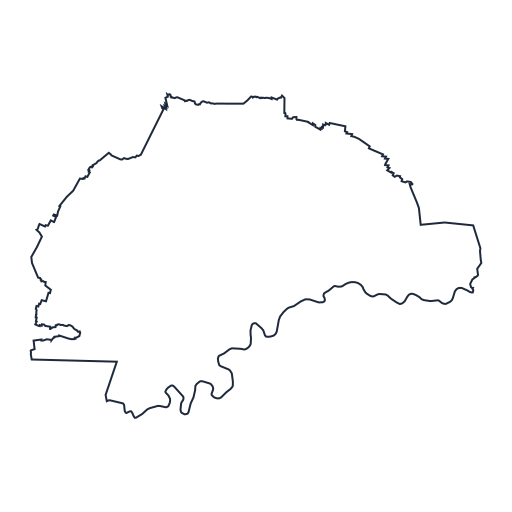 La Barca, Jalisco, Mexico
{"feature_id": "50627088B96985359808348", "entity_name": "La Barca", "entity_type": "district", "adm_level": 2, "iso_a3": "MEX", "parent_name": "Mexico", "parent_adm1": "Jalisco", "projection": "natural_earth1", "projection_center": [-102.522, 20.357], "detail": "fine", "context": "isolated", "style": "outline", "palette": "slate", "viewbox_px": 512, "rotation_deg": 0, "n_neighbors": 0, "source": "geoboundaries", "source_scale": "gbopen_adm2", "svg_char_len": 5950}
<svg xmlns="http://www.w3.org/2000/svg" viewBox="0 0 512 512"><path d="M108.8,152.8L99.6,160.5L98.6,160.6L97.0,162.2L96.5,163.1L92.6,165.3L93.0,166.2L92.0,167.4L91.7,167.3L91.5,166.7L90.4,166.9L89.7,167.5L88.3,169.9L89.4,170.4L88.7,171.8L89.8,172.4L87.3,176.9L85.5,176.3L84.6,178.4L83.9,178.1L83.6,178.7L82.9,178.5L82.7,178.9L79.9,178.6L73.2,190.7L66.8,196.8L59.4,206.0L60.3,206.4L58.0,211.6L57.2,215.6L53.8,214.5L53.2,215.6L56.1,216.9L54.2,221.9L54.0,222.1L50.8,220.4L47.9,225.7L45.6,225.2L45.0,226.5L39.5,224.0L38.6,226.1L38.0,228.3L37.1,229.7L36.6,229.9L39.4,232.5L41.9,236.6L36.9,247.1L31.3,257.0L32.0,263.0L38.1,277.6L40.1,278.0L40.3,278.7L41.1,279.3L40.8,280.0L41.4,280.3L41.4,281.3L43.3,281.2L43.9,281.8L45.7,282.0L45.3,285.5L50.8,289.7L50.0,293.1L48.5,292.8L46.0,301.3L41.7,300.2L40.2,304.0L39.1,303.7L38.3,306.5L36.5,306.0L35.8,308.8L36.2,309.1L36.6,310.4L36.3,311.9L36.4,314.6L36.0,314.7L35.7,317.4L36.7,317.6L35.9,321.1L36.7,321.6L35.3,324.4L38.1,325.7L39.7,326.1L39.8,325.1L41.7,325.7L41.9,324.3L44.2,324.6L45.2,325.9L50.3,326.7L50.0,328.9L50.4,329.0L52.8,327.3L55.5,327.1L55.7,325.3L57.0,325.2L57.2,324.7L58.3,324.3L59.8,324.5L60.6,325.0L62.9,324.9L64.1,325.6L67.1,326.1L68.6,325.0L70.3,325.3L72.5,326.6L73.9,328.5L74.8,329.3L77.1,330.4L77.6,331.4L78.2,331.9L79.7,331.4L80.2,332.8L79.3,336.1L76.0,337.8L75.3,337.7L75.4,338.7L74.3,338.6L74.2,339.1L71.7,339.2L69.0,338.7L59.1,335.5L59.0,336.2L54.3,336.8L54.4,337.5L52.9,338.4L51.5,340.3L51.5,340.0L49.4,339.6L46.7,339.3L42.9,340.6L41.3,340.5L41.4,339.5L33.6,340.6L34.6,349.1L31.0,350.3L30.7,350.8L31.0,352.5L30.8,354.3L31.7,359.5L116.8,361.7L105.6,394.9L106.8,401.2L108.7,400.3L110.4,400.4L123.0,403.4L124.1,404.9L124.7,410.8L125.5,412.5L126.4,413.0L129.7,411.4L131.1,411.3L132.1,412.6L133.8,416.4L134.8,417.8L136.2,417.6L142.2,414.0L147.0,409.6L149.6,408.2L157.9,405.9L159.9,406.0L165.6,407.2L166.6,407.2L168.3,406.2L169.7,403.1L170.1,400.9L170.0,398.7L168.5,395.6L165.6,392.5L165.4,391.5L166.4,389.5L168.1,387.6L171.2,385.5L172.6,385.5L174.1,386.5L183.3,396.7L183.5,398.7L183.0,400.2L181.5,402.4L181.1,403.6L180.5,409.5L180.9,411.7L181.7,412.8L184.5,414.3L186.7,414.0L187.6,413.6L188.5,412.2L190.7,403.4L193.5,397.3L195.1,390.3L195.4,386.0L196.5,384.2L199.6,381.6L200.7,381.2L202.6,381.3L209.5,383.4L211.0,384.2L212.6,386.3L213.2,388.4L212.8,390.5L211.6,393.6L211.6,394.8L212.0,395.4L213.8,397.1L215.4,397.9L217.4,398.4L219.3,398.3L221.1,397.4L226.4,392.2L230.6,388.9L232.3,386.9L232.8,385.7L232.9,381.8L231.9,374.0L231.6,373.0L229.9,370.4L228.8,369.5L221.2,366.4L219.5,365.4L219.1,364.7L218.2,361.6L217.9,358.8L218.5,356.5L219.1,355.8L224.1,353.4L229.5,349.3L231.9,348.3L240.7,348.8L244.3,349.5L245.9,349.1L248.4,347.4L249.9,345.6L250.7,343.9L251.0,338.0L250.6,334.7L250.5,330.5L251.7,325.4L252.1,324.5L253.3,323.5L254.5,323.2L255.9,323.3L261.4,328.1L263.3,330.4L265.0,335.4L266.1,336.6L268.9,336.8L271.5,336.3L273.8,335.5L275.5,334.0L276.7,331.7L278.8,320.1L280.1,316.5L283.6,312.0L287.2,308.6L288.9,307.6L293.9,306.1L301.0,301.3L305.4,299.3L309.5,299.4L318.7,302.4L322.4,302.3L323.4,301.9L324.4,301.3L324.9,300.0L324.5,297.9L323.5,296.2L323.5,295.3L324.0,293.5L325.8,292.2L328.6,290.7L333.8,286.3L335.1,286.0L338.1,286.7L340.6,286.6L342.1,286.3L345.8,283.9L349.0,282.6L351.5,282.1L354.7,282.1L357.9,283.0L360.9,284.9L362.8,287.2L363.3,288.9L365.4,292.4L366.7,293.6L370.1,295.8L372.3,296.5L373.8,296.3L377.8,294.3L379.6,294.0L385.8,294.5L387.7,295.6L390.9,298.6L396.7,302.5L399.8,304.0L401.7,303.6L403.5,302.4L404.8,301.1L407.3,296.7L408.8,294.8L410.5,293.9L411.8,293.7L413.9,294.2L416.2,295.2L419.4,297.1L421.6,299.2L423.8,300.1L430.4,301.1L437.9,300.3L439.0,300.7L442.2,303.2L444.6,303.9L445.8,303.9L450.1,301.8L451.8,300.2L452.8,298.2L454.9,291.3L456.6,289.1L458.7,288.0L461.6,287.9L467.5,290.5L469.7,291.9L471.7,292.5L472.8,292.4L473.3,290.3L473.0,289.4L472.5,288.9L472.9,287.9L471.9,287.8L471.1,287.3L470.2,284.3L470.3,283.7L472.4,279.4L475.2,277.4L475.0,277.2L476.1,276.9L477.8,275.5L478.0,274.8L477.2,268.8L481.3,263.0L480.7,259.2L480.0,250.9L480.4,248.3L473.2,225.4L444.7,222.5L420.7,224.8L418.9,208.0L416.9,202.5L410.5,187.1L409.7,184.1L412.0,184.5L412.4,184.0L410.8,182.0L407.0,181.4L405.5,182.4L401.6,181.2L402.2,179.1L399.9,177.4L400.1,176.2L396.9,175.6L394.7,176.8L392.7,175.3L393.7,173.2L391.4,171.9L391.1,172.6L387.2,170.3L389.4,168.0L387.5,167.3L388.5,165.4L385.2,165.1L385.5,164.4L385.3,164.1L388.3,158.9L385.0,158.6L386.0,156.6L382.1,156.3L383.0,154.4L368.9,148.4L369.7,146.4L365.9,143.7L358.8,138.8L354.3,136.8L351.3,136.1L352.1,134.1L346.5,133.5L347.1,132.1L344.9,131.3L345.4,126.3L329.7,123.0L329.1,124.8L325.8,123.0L325.8,124.6L325.0,125.3L323.1,124.5L323.0,127.5L321.8,127.0L321.7,128.7L320.4,128.1L320.3,129.6L315.3,126.8L315.3,125.0L312.9,123.4L312.9,125.1L307.8,122.0L307.9,121.8L299.0,119.9L297.0,119.9L296.5,119.4L296.4,117.0L293.2,117.2L292.0,118.8L287.5,118.4L287.4,116.2L285.4,116.3L285.5,113.5L285.1,112.9L284.3,112.9L284.5,98.1L282.0,95.6L280.9,97.7L280.2,97.5L277.6,98.7L277.1,99.6L271.6,97.5L271.6,99.0L269.6,98.2L267.4,97.8L265.6,97.8L264.9,98.1L262.8,97.7L262.2,98.0L261.1,97.6L260.8,98.1L259.9,98.1L257.7,97.0L257.0,96.8L256.5,97.2L254.9,96.5L252.8,97.5L252.6,96.8L251.1,96.5L247.4,100.4L243.4,103.7L216.0,103.6L214.7,103.9L212.1,103.3L211.0,103.5L209.0,102.3L207.1,102.7L203.3,101.2L202.3,101.5L201.0,102.5L199.9,104.3L199.2,104.1L198.4,104.8L195.9,104.4L195.0,103.5L194.6,101.6L194.1,101.3L192.5,101.1L189.8,99.9L188.5,100.0L186.8,101.0L186.3,100.7L185.0,101.2L184.7,100.4L177.5,97.3L176.5,97.3L174.7,98.1L172.4,97.6L171.7,97.0L171.2,97.4L170.8,97.0L170.4,94.8L170.1,94.5L169.2,94.2L168.9,94.6L168.0,95.0L167.3,94.4L167.8,96.7L165.4,97.8L167.2,105.6L165.4,104.0L166.2,107.2L164.8,106.2L165.7,109.0L161.6,106.3L162.3,108.3L163.5,109.2L140.8,154.8L138.4,156.0L136.8,155.6L135.4,157.3L132.8,157.1L128.0,159.0L126.1,158.8L124.0,158.1L122.1,159.5L120.4,159.4L111.5,155.4L110.7,154.3L108.8,152.8Z" fill="none" stroke="#1e293b" stroke-width="2"/></svg>